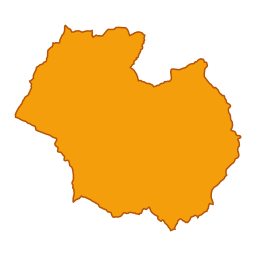 Athang, Wangdi Phodrang, Bhutan (Equal Earth projection)
{"feature_id": "84629894B35951750591258", "entity_name": "Athang", "entity_type": "district", "adm_level": 2, "iso_a3": "BTN", "parent_name": "Bhutan", "parent_adm1": "Wangdi Phodrang", "projection": "equal_earth", "projection_center": [90.199, 27.286], "detail": "fine", "context": "isolated", "style": "filled", "palette": "amber", "viewbox_px": 256, "rotation_deg": 0, "n_neighbors": 0, "source": "geoboundaries", "source_scale": "gbopen_adm2", "svg_char_len": 5700}
<svg xmlns="http://www.w3.org/2000/svg" viewBox="0 0 256 256"><path d="M122.2,27.7L120.0,27.4L116.0,27.5L114.3,29.2L112.3,29.5L108.2,29.4L107.4,30.0L102.8,35.5L102.2,35.9L100.8,36.0L99.5,35.7L99.3,35.9L98.5,35.7L98.0,35.9L97.4,35.8L96.6,35.2L95.9,35.2L94.3,36.5L93.0,37.1L92.8,36.1L92.0,35.7L92.0,35.4L92.3,34.8L92.1,33.8L92.4,32.8L92.1,30.5L89.7,31.2L88.0,30.9L86.4,31.0L82.1,32.2L79.4,31.0L78.0,30.8L75.3,31.1L73.9,32.0L71.8,32.0L71.2,31.0L70.9,30.0L70.0,29.1L68.3,28.4L65.5,25.4L64.9,25.9L64.6,27.3L64.7,29.3L64.4,31.4L63.5,33.9L62.4,34.8L60.1,39.5L59.5,42.8L57.4,43.0L56.2,42.7L54.1,43.4L53.1,42.9L52.9,43.6L52.9,44.3L52.7,45.6L52.2,46.8L51.6,46.9L48.4,49.7L47.8,50.9L47.6,54.0L47.6,55.9L47.3,57.2L46.6,58.5L46.6,59.8L46.3,61.1L45.9,61.7L44.8,61.9L43.7,62.5L42.5,64.1L40.6,64.6L39.8,65.0L38.5,66.2L36.8,67.0L36.4,67.6L36.2,69.4L33.7,74.4L33.4,75.5L33.3,78.4L31.2,80.3L30.2,81.0L29.7,81.0L30.1,82.4L30.9,83.0L31.2,83.4L31.5,84.0L31.1,86.5L31.2,86.9L31.5,87.5L31.5,88.1L30.5,89.5L30.0,91.3L29.0,93.0L28.7,93.7L28.7,94.4L27.3,95.7L25.9,96.6L24.9,97.4L23.7,99.8L22.8,100.9L21.9,103.6L20.7,105.0L20.1,106.1L18.9,107.3L17.9,109.1L16.1,112.6L15.8,113.6L15.4,114.5L15.6,117.3L17.6,117.8L22.6,120.5L25.9,121.4L28.0,123.4L29.3,123.4L32.4,125.4L34.4,126.0L35.3,126.6L35.5,128.0L35.9,129.8L36.9,130.5L46.6,134.2L49.4,135.0L52.9,137.2L54.8,138.0L55.9,138.1L56.5,138.6L56.7,139.7L56.5,140.5L54.9,143.3L55.0,144.4L55.3,145.5L57.9,147.5L58.1,148.1L57.9,149.6L57.5,150.8L57.7,151.5L58.2,151.9L60.8,152.3L61.6,153.0L63.0,155.0L64.2,156.1L64.4,156.6L64.5,157.2L64.1,159.0L64.1,159.8L64.2,160.2L64.6,160.5L65.4,160.8L67.1,160.3L67.9,160.4L68.6,160.9L69.1,162.0L69.7,165.4L70.2,166.0L71.6,167.1L72.2,168.2L72.8,170.2L73.4,174.9L73.4,179.1L73.3,179.8L72.0,182.7L72.0,183.2L72.3,184.2L73.0,185.1L73.1,185.9L72.7,187.8L73.5,188.9L73.8,189.5L74.2,193.6L74.1,194.7L73.6,196.2L73.2,198.1L73.1,201.8L73.4,202.0L74.2,201.4L75.4,200.2L76.4,199.5L77.3,199.4L77.7,199.2L78.1,198.6L79.3,198.5L80.5,197.0L81.2,196.6L81.4,196.1L82.9,197.0L84.8,197.1L90.5,199.8L92.6,201.3L94.1,201.9L95.2,202.7L97.8,204.1L98.5,204.6L99.0,206.0L99.8,207.2L100.6,207.6L102.0,207.8L102.3,208.4L105.6,209.6L106.4,210.1L107.7,211.8L110.7,212.4L111.3,213.2L111.4,214.1L112.3,216.2L113.2,217.1L113.7,217.3L115.8,216.8L117.8,217.0L119.1,216.8L120.2,216.5L121.4,215.7L123.0,213.6L124.0,212.7L124.8,212.7L126.3,213.4L128.0,213.4L129.1,212.5L130.1,212.4L130.9,212.6L131.5,212.5L133.7,213.1L135.2,213.1L135.8,213.7L138.5,214.1L139.2,214.4L139.9,213.4L140.7,213.4L141.4,213.1L142.4,210.4L143.4,208.8L144.1,208.6L145.8,209.4L146.4,209.4L148.1,207.9L149.2,207.2L150.0,208.7L150.7,210.6L151.8,212.4L154.6,214.7L157.9,216.4L157.7,217.4L158.0,219.0L159.8,220.5L160.8,221.2L161.2,221.2L162.3,220.0L163.0,220.1L164.1,221.3L164.8,222.8L167.9,225.8L168.4,227.1L169.7,228.4L170.7,230.6L172.5,229.9L173.8,229.1L175.0,229.2L174.7,227.8L175.1,226.6L176.4,224.4L177.2,223.5L177.3,222.8L178.0,220.8L179.6,219.2L180.3,218.9L181.6,219.4L183.2,220.9L184.0,221.1L185.8,222.4L187.6,222.5L189.7,220.2L191.0,217.1L193.6,216.3L194.8,215.4L195.5,215.4L196.8,215.9L197.8,217.7L199.1,215.6L200.6,214.9L201.2,214.9L203.9,212.6L205.5,211.5L206.9,211.3L207.2,209.8L208.3,208.3L208.8,204.9L209.6,203.6L213.0,204.4L213.1,202.7L211.3,198.0L211.1,195.8L211.4,192.6L212.1,189.9L213.9,187.5L217.3,185.2L219.2,183.3L220.0,182.0L221.6,180.6L222.6,180.0L224.1,178.6L225.0,176.7L226.7,175.2L226.1,174.1L226.0,172.8L226.0,171.2L226.3,169.4L231.8,163.9L233.1,163.1L234.3,161.5L234.7,160.7L234.8,159.8L235.3,158.9L235.9,158.5L237.6,157.9L238.8,156.1L238.7,154.0L238.3,152.3L237.7,150.4L237.8,148.6L238.3,147.0L239.2,146.2L239.4,145.2L239.0,142.1L238.5,140.8L237.8,139.6L237.8,139.3L238.2,138.8L240.1,138.0L240.6,137.5L240.6,136.4L240.2,136.0L239.1,135.6L237.4,135.5L236.8,135.3L236.0,134.3L235.6,132.7L235.1,131.9L234.5,131.5L231.1,130.3L230.8,129.8L231.1,129.0L231.8,128.4L232.6,125.0L232.4,124.0L232.2,122.0L230.9,120.0L230.6,119.1L230.5,116.6L230.2,114.9L228.7,112.4L228.3,110.0L228.5,108.9L228.7,108.3L229.1,107.8L230.3,106.8L230.5,106.1L230.3,105.4L230.0,104.9L229.0,104.1L226.7,102.7L226.4,102.1L226.1,100.0L224.7,98.2L224.5,96.5L224.0,95.6L223.8,95.5L222.9,95.7L222.4,95.5L221.0,94.2L219.7,93.3L217.9,89.8L216.1,88.0L215.0,87.4L214.7,87.5L214.3,87.9L213.7,87.8L211.0,84.5L209.3,83.2L204.8,77.3L204.3,76.4L204.2,75.0L204.7,69.4L205.7,67.7L206.9,66.7L207.3,65.8L207.3,65.1L206.6,62.6L206.1,62.2L204.9,62.3L204.3,62.0L204.2,61.7L204.0,60.7L203.4,59.5L202.9,59.2L201.4,59.1L201.0,58.8L199.2,59.4L198.2,60.1L196.8,61.7L195.2,61.8L194.9,62.4L193.8,63.6L190.5,64.0L187.8,65.6L186.0,67.2L185.1,67.8L182.8,68.3L180.7,69.3L178.8,69.7L173.1,69.0L171.8,69.1L171.2,69.6L170.7,71.8L171.4,77.5L171.4,78.9L171.0,79.7L169.6,81.3L169.2,81.5L168.4,81.2L166.5,81.6L164.6,81.7L164.1,82.5L163.2,83.3L161.5,83.4L160.2,84.0L159.4,85.1L157.1,85.4L156.2,86.1L153.7,86.7L152.6,85.2L152.1,84.8L150.0,83.9L149.4,83.5L147.1,83.5L146.0,83.0L144.4,82.0L141.9,81.4L140.9,80.5L138.4,80.7L137.4,76.6L136.4,74.0L134.0,70.3L132.6,69.1L131.3,68.4L130.3,67.2L131.2,66.5L132.2,64.9L134.0,63.8L133.7,62.3L134.1,61.7L134.3,60.7L135.3,60.2L136.6,59.2L136.6,58.9L136.3,58.6L136.4,57.9L136.8,57.7L137.5,57.8L138.0,57.3L138.6,55.6L138.8,54.6L139.2,53.8L139.9,52.9L140.2,51.9L140.5,51.5L140.6,50.2L141.2,49.4L142.0,49.1L142.5,48.3L142.6,46.8L142.1,46.4L142.0,45.9L143.1,43.3L143.7,43.2L143.8,43.0L144.0,42.2L143.7,41.0L144.5,40.5L144.5,39.5L144.1,39.0L144.0,38.4L144.8,35.2L143.4,34.6L142.5,33.3L142.1,33.0L140.1,32.2L137.9,31.9L137.6,32.2L137.0,32.1L136.2,32.5L134.7,32.8L133.8,33.6L131.3,34.7L129.8,35.7L129.1,34.1L128.3,31.3L127.4,29.6L126.4,28.4L125.8,27.9L125.2,27.7L122.2,27.7Z" fill="#f59e0b" stroke="#b45309" stroke-width="1.5"/></svg>